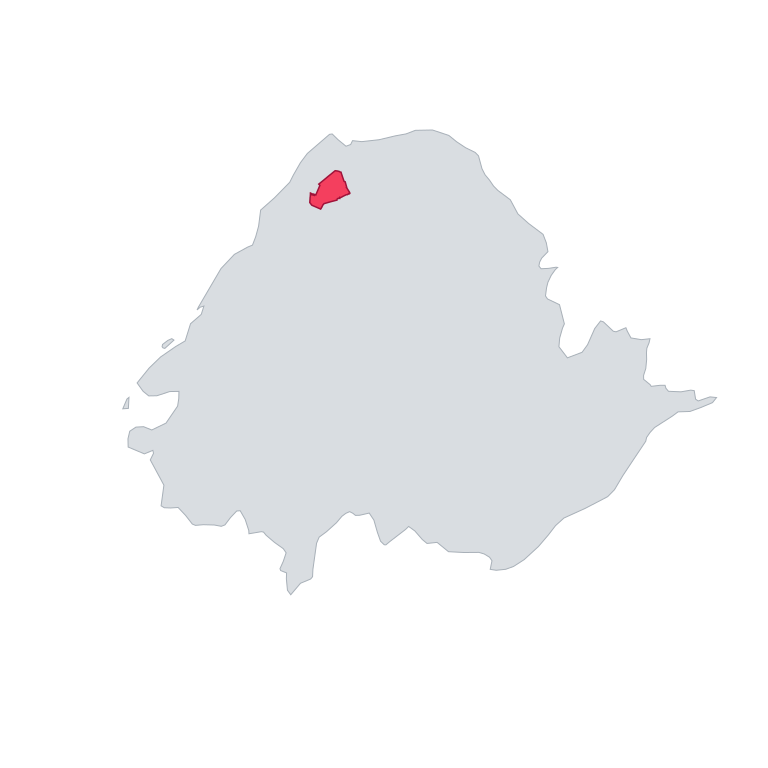 Bavel, Batdâmbâng, Cambodia shown in context, rotated 51°
{"feature_id": "14789045B6741933347766", "entity_name": "Bavel", "entity_type": "district", "adm_level": 2, "iso_a3": "KHM", "parent_name": "Cambodia", "parent_adm1": "Batdâmbâng", "projection": "equal_earth", "projection_center": [102.818, 13.225], "detail": "fine", "context": "in_parent", "style": "filled", "palette": "rose", "viewbox_px": 768, "rotation_deg": 51, "n_neighbors": 0, "source": "geoboundaries", "source_scale": "gbopen_adm2", "svg_char_len": 5310}
<svg xmlns="http://www.w3.org/2000/svg" viewBox="0 0 768 768"><g transform="rotate(51 384 384)"><path d="M603.8,134.1L605.2,140.4L601.7,152.5L597.9,163.5L590.7,173.0L590.4,180.1L588.1,201.1L589.1,207.8L590.8,213.6L593.2,216.6L599.6,237.2L605.5,256.0L611.2,271.4L612.3,281.1L607.3,305.8L601.4,328.5L602.0,339.8L604.7,351.1L607.5,366.2L608.7,385.6L607.3,398.2L604.6,406.0L599.4,414.0L594.9,418.1L589.3,411.3L585.0,411.0L579.1,413.1L574.6,416.2L565.2,428.0L554.9,439.4L540.5,442.4L535.0,450.9L529.0,452.1L517.6,452.5L510.2,454.5L510.6,458.8L510.1,479.0L510.2,483.7L509.1,485.0L504.0,485.6L495.2,482.5L483.4,477.5L475.0,476.7L470.7,485.5L468.1,488.9L465.0,489.5L461.6,491.0L460.5,495.0L460.3,499.9L461.9,508.3L462.6,521.7L462.2,530.8L465.3,536.6L483.4,556.0L488.8,560.8L489.4,563.7L486.3,574.3L489.1,589.1L483.5,588.8L474.0,582.5L469.5,578.6L464.0,581.7L462.1,581.1L458.4,573.8L453.6,566.3L448.6,565.9L438.1,568.8L427.3,570.8L423.3,570.8L421.6,572.2L415.4,583.2L412.8,581.3L401.9,577.1L392.0,575.5L390.0,578.4L391.2,587.4L393.4,596.3L392.2,600.0L386.8,604.6L379.6,613.0L375.2,619.5L372.2,621.1L361.2,620.9L350.4,621.7L346.0,627.9L341.9,632.6L338.4,633.9L324.1,618.7L295.9,613.4L292.8,606.7L290.1,605.4L287.5,614.2L272.0,622.5L265.5,617.5L260.7,611.3L261.4,603.9L265.9,597.7L273.6,593.4L277.2,578.0L271.3,558.3L266.1,552.6L260.7,548.0L255.0,555.3L250.2,567.9L245.2,574.3L238.1,575.8L227.8,575.2L223.8,556.5L222.4,540.5L223.8,522.2L225.4,511.4L215.4,496.4L214.9,482.2L210.1,474.9L208.6,478.6L208.8,482.7L207.4,479.7L191.7,438.0L189.1,418.7L191.8,403.8L193.3,398.8L188.8,391.0L182.4,382.1L171.2,370.4L170.4,352.0L167.9,330.3L164.6,323.0L159.4,309.6L156.6,298.5L155.7,269.2L157.1,266.9L165.1,266.0L175.3,263.9L176.9,259.2L175.1,255.3L181.7,248.7L191.0,234.2L198.3,219.0L203.5,209.5L206.6,200.0L217.1,186.5L231.6,177.2L241.5,175.1L251.7,171.9L261.5,167.4L266.2,167.0L278.4,172.4L285.0,173.8L291.9,173.7L299.1,174.3L305.3,173.7L320.3,169.9L336.1,172.9L350.3,170.6L367.8,166.2L376.4,169.0L384.3,173.3L385.4,182.2L387.2,186.3L389.8,189.4L393.3,189.4L397.8,183.2L401.5,176.8L402.7,175.7L402.9,178.8L404.8,185.7L408.1,192.6L411.5,197.1L417.2,203.1L420.8,203.4L432.8,197.7L450.8,206.0L452.9,210.1L458.8,218.5L465.1,224.6L479.1,225.0L484.0,210.1L481.6,201.1L473.5,185.3L471.3,176.0L473.8,174.4L487.3,172.6L489.5,170.8L492.5,160.6L496.1,161.7L503.6,163.1L511.5,156.1L516.2,148.8L518.8,152.1L521.6,157.2L524.7,160.2L530.4,164.6L536.7,170.8L540.7,176.9L543.8,179.3L551.9,177.6L554.0,177.8L558.6,170.5L561.9,166.4L564.7,167.6L568.7,167.5L577.0,158.1L581.8,149.5L584.4,147.1L591.9,151.4L594.9,150.5L599.2,138.7L603.8,134.1ZM218.4,531.9L216.9,533.0L215.4,533.0L213.9,531.2L214.1,524.5L215.2,520.4L217.7,519.6L218.4,531.9ZM242.1,598.0L238.9,602.6L233.9,593.2L233.9,590.6L242.1,598.0Z" fill="#d9dde1" stroke="#a8b0b8" stroke-width="1"/><path d="M187.5,287.8L187.5,289.9L187.5,294.6L187.5,296.6L187.6,302.7L187.6,304.7L187.6,308.9L189.3,308.8L192.5,314.9L194.1,317.9L193.9,317.9L193.7,317.8L193.6,318.0L193.5,318.3L193.5,318.6L193.5,318.8L193.4,318.9L193.3,319.0L193.5,319.2L193.5,319.3L193.6,319.5L193.4,319.6L193.3,319.4L193.2,319.3L193.2,319.2L193.2,318.9L192.9,318.8L192.7,318.8L192.5,319.0L192.4,319.3L192.4,319.2L192.2,319.3L192.2,319.6L192.2,319.8L192.3,319.8L192.4,319.7L192.5,319.5L192.7,319.4L192.8,319.5L192.7,319.6L192.6,319.8L192.4,319.9L192.4,320.0L192.4,320.3L192.2,320.4L192.0,320.2L191.9,320.2L191.7,320.0L191.6,319.9L191.4,319.8L191.3,320.1L191.2,320.3L191.3,320.5L191.4,320.4L191.5,320.4L191.6,320.5L191.6,320.8L191.6,321.0L191.4,321.1L191.1,321.1L190.9,320.9L190.7,320.8L190.6,320.7L190.3,320.6L190.2,320.6L190.1,320.8L189.9,320.9L189.9,321.0L189.8,321.3L189.7,321.3L189.5,321.2L189.6,320.9L189.6,320.7L189.4,320.7L189.2,320.6L189.3,320.7L189.2,320.8L192.2,323.6L192.5,324.0L193.3,324.7L196.3,327.5L199.6,327.6L207.7,323.4L208.1,323.3L208.2,323.2L208.1,322.8L208.1,322.7L207.9,322.3L207.9,322.1L207.7,321.9L207.6,321.6L207.5,321.4L207.5,321.2L207.4,321.0L207.4,320.8L207.3,320.7L207.2,320.6L207.1,320.3L207.0,320.1L206.9,319.9L206.8,319.6L206.7,319.3L206.6,319.2L206.4,318.9L206.4,318.7L206.3,318.3L206.3,318.1L206.3,317.9L206.2,317.6L206.1,317.3L206.1,317.1L206.2,316.9L206.3,316.6L206.4,316.4L209.0,310.3L211.5,304.8L211.4,304.7L211.2,304.5L211.1,304.4L210.9,304.2L210.8,303.9L210.7,303.7L210.7,303.4L210.7,303.2L210.8,303.1L210.8,302.9L210.8,302.7L210.7,302.7L210.8,302.7L211.1,302.6L211.1,302.4L211.2,302.2L211.3,302.1L211.5,302.1L211.5,301.9L211.6,301.7L211.4,301.6L211.2,301.5L211.2,301.4L211.1,301.2L211.3,301.2L211.2,301.1L211.3,300.9L211.5,300.9L211.8,300.8L211.8,300.5L211.9,300.0L212.2,298.8L212.3,297.9L212.9,295.4L213.0,294.7L213.4,293.8L213.5,293.7L213.8,293.4L213.8,291.6L214.3,291.6L214.3,291.4L214.3,291.1L214.4,290.8L214.4,290.6L214.2,290.4L213.2,290.1L208.0,289.5L207.9,289.5L207.7,289.6L207.6,289.4L207.7,289.2L202.4,286.9L201.4,287.5L198.6,286.5L194.6,285.0L192.5,284.2L192.4,284.1L192.2,284.2L192.1,284.3L191.9,284.5L191.6,284.6L191.4,284.8L191.0,284.9L190.9,284.9L190.8,285.0L190.6,285.1L190.4,285.3L190.2,285.3L190.0,285.5L189.9,285.6L189.7,285.7L189.6,285.8L189.4,286.0L189.2,286.2L189.1,286.3L188.9,286.4L188.8,286.5L188.7,286.5L188.5,286.8L188.4,286.9L188.3,287.0L188.2,287.1L188.0,287.3L187.9,287.4L187.7,287.5L187.5,287.8Z" fill="#f43f5e" stroke="#9f1239" stroke-width="1.5"/></g></svg>